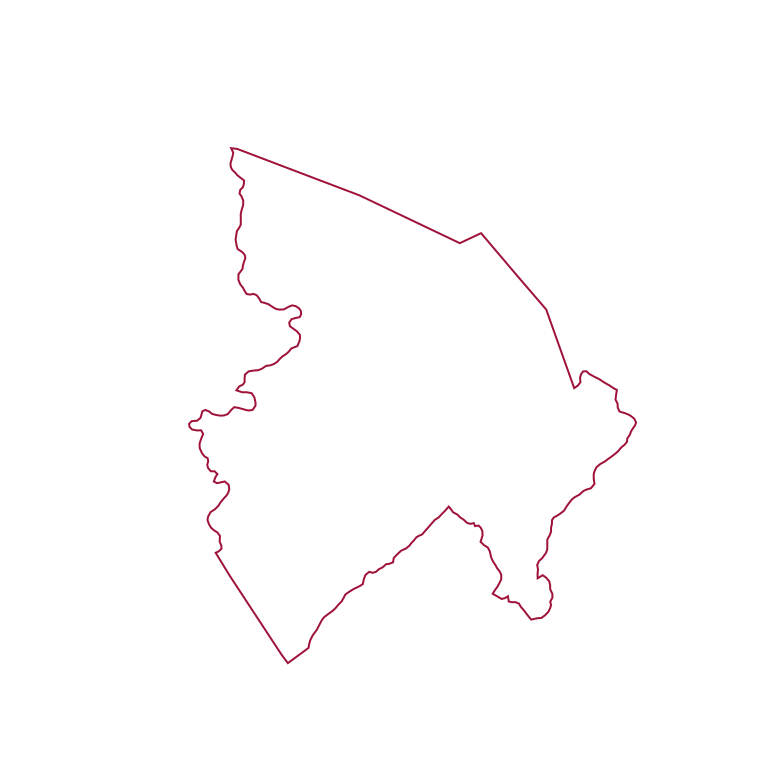 Itaeté, Bahia, Brazil, rotated 248°
{"feature_id": "56859067B39579225322319", "entity_name": "Itaeté", "entity_type": "district", "adm_level": 2, "iso_a3": "BRA", "parent_name": "Brazil", "parent_adm1": "Bahia", "projection": "orthographic", "projection_center": [-41.071, -13.094], "detail": "fine", "context": "isolated", "style": "outline", "palette": "rose", "viewbox_px": 768, "rotation_deg": 248, "n_neighbors": 0, "source": "geoboundaries", "source_scale": "gbopen_adm2", "svg_char_len": 4234}
<svg xmlns="http://www.w3.org/2000/svg" viewBox="0 0 768 768"><g transform="rotate(248 384 384)"><path d="M140.6,412.6L140.2,415.8L140.7,419.4L135.6,418.2L133.8,420.8L132.5,424.1L129.9,426.8L125.8,427.5L121.1,429.1L116.5,430.3L110.4,432.2L109.5,438.0L108.1,442.3L109.3,446.8L111.3,451.2L114.1,454.2L116.5,456.1L119.9,456.6L122.8,460.1L126.3,461.5L131.5,461.2L135.3,462.7L139.2,463.3L143.7,461.8L147.3,459.5L146.3,453.7L150.3,455.2L154.4,457.3L158.9,458.3L161.9,461.5L163.2,465.3L165.1,468.3L166.6,470.8L169.2,473.2L172.5,474.7L175.4,475.8L178.8,477.3L181.6,480.9L184.4,483.5L188.3,485.1L191.4,487.3L194.9,488.8L196.6,491.4L197.1,495.5L197.9,499.3L199.1,503.4L202.6,508.2L205.0,512.1L206.6,515.1L207.6,518.3L208.2,523.7L210.1,528.8L210.3,532.1L209.8,536.8L212.6,541.8L217.4,542.9L221.9,544.7L224.2,546.5L227.2,549.7L228.8,554.6L229.4,559.6L230.5,563.6L231.4,567.5L232.5,571.6L234.0,575.9L236.3,580.2L237.7,584.7L239.4,587.6L242.5,589.3L244.8,592.9L247.5,595.3L249.7,598.3L251.6,601.3L253.9,603.3L257.9,603.1L262.1,600.8L264.5,598.8L267.0,596.1L270.2,592.1L274.6,591.9L278.3,593.2L282.8,592.8L287.3,595.3L291.2,597.7L294.3,595.1L298.1,592.6L300.7,590.5L304.0,588.0L307.7,585.5L312.2,581.5L316.5,578.0L319.9,576.5L321.1,573.4L319.3,570.4L316.3,568.1L312.1,566.8L310.0,563.4L308.9,558.8L392.3,562.3L435.8,547.6L487.5,530.5L486.2,507.0L568.2,431.8L657.1,335.8L659.9,330.6L655.0,330.9L651.7,328.8L649.1,326.7L645.9,324.2L642.2,323.2L639.1,323.6L636.1,325.1L632.6,326.2L629.0,328.2L625.2,330.5L621.8,328.9L619.4,326.9L617.8,323.4L614.7,321.4L611.1,322.2L606.8,322.2L602.8,320.5L598.3,316.9L594.8,314.6L591.3,313.3L588.3,312.1L585.4,310.9L583.0,308.1L580.9,304.9L577.9,303.1L573.5,300.5L567.5,299.2L563.9,298.9L559.4,302.0L555.8,303.2L552.8,302.7L548.9,299.3L546.4,297.4L543.7,295.9L540.2,290.1L535.1,288.0L530.1,288.1L526.2,289.3L523.0,289.6L518.9,290.3L517.1,293.3L516.4,296.8L513.9,299.3L509.9,300.3L506.0,300.8L503.6,304.1L501.2,306.8L497.7,309.2L494.2,311.8L492.1,314.9L490.7,319.2L491.3,324.2L491.3,328.3L489.3,331.3L486.1,333.5L483.0,334.3L479.7,333.3L477.6,330.9L478.2,327.3L478.8,322.7L476.4,319.1L472.8,318.4L469.9,320.2L465.5,323.0L461.1,324.4L458.0,323.4L455.2,321.5L451.6,317.9L451.7,311.5L449.5,307.4L448.4,304.2L447.6,300.2L446.5,297.1L444.6,293.4L443.8,289.6L443.9,285.4L445.0,281.5L443.9,276.5L443.9,272.6L445.5,267.4L446.4,263.2L444.8,258.6L440.9,256.6L438.0,255.5L436.3,252.9L436.0,248.8L433.4,244.8L429.5,249.4L427.7,253.8L425.0,257.9L420.0,258.8L414.9,257.9L412.1,256.8L409.2,252.5L410.2,248.3L412.0,245.8L416.2,240.4L418.6,236.5L417.2,232.7L414.6,227.8L414.8,223.9L415.7,221.0L418.0,216.9L420.7,213.4L424.2,211.5L426.9,208.5L426.7,205.3L424.1,203.4L421.3,201.1L420.0,197.0L421.6,191.7L420.1,188.4L417.1,187.6L413.6,189.1L410.9,193.4L409.6,197.1L405.4,197.6L402.7,194.9L400.2,192.6L397.5,190.5L393.4,189.1L388.2,189.3L384.0,190.5L381.3,192.7L378.2,192.1L375.4,189.9L372.1,189.4L368.0,190.7L366.5,194.2L362.9,195.8L360.6,192.6L357.3,189.7L354.7,191.9L354.0,195.3L353.3,199.8L348.8,202.2L344.4,201.1L341.6,198.9L339.7,196.4L337.9,192.5L335.4,187.9L333.1,184.8L331.2,180.3L330.2,175.2L327.1,171.4L324.0,169.4L319.9,169.2L315.5,169.8L312.0,171.6L308.8,173.9L304.6,175.0L299.5,172.6L294.9,172.6L292.1,171.6L290.7,167.9L290.6,164.7L263.7,169.2L171.5,187.6L161.2,190.3L167.6,215.2L170.5,216.9L174.0,219.6L177.7,223.8L179.7,227.1L181.6,230.0L184.9,233.8L188.4,238.0L190.2,241.0L191.6,246.1L192.8,251.0L194.2,254.8L196.2,258.5L198.4,263.4L200.6,266.2L203.3,269.3L204.4,273.9L205.3,279.2L205.7,285.7L206.5,289.5L210.2,291.9L213.8,295.1L215.4,299.9L213.1,303.0L212.9,306.5L214.2,309.8L214.5,314.0L216.1,318.4L215.3,321.6L215.3,325.6L219.1,327.9L221.0,332.3L223.0,337.3L223.3,343.1L224.7,347.2L226.3,349.8L227.7,353.0L229.8,356.7L230.2,359.8L230.2,362.9L239.0,380.3L239.8,384.6L242.1,389.6L243.7,393.4L246.1,398.1L242.6,399.2L239.2,400.0L235.4,403.2L231.7,404.7L228.4,407.0L224.1,409.0L222.0,411.7L221.4,415.1L218.1,415.2L217.3,418.7L214.3,419.9L210.8,420.1L206.7,418.7L201.5,414.4L196.9,416.5L193.5,419.0L189.1,419.4L184.5,418.6L181.3,418.4L177.9,418.7L174.9,419.4L170.8,419.9L167.4,420.9L163.5,421.3L159.1,419.6L155.9,416.1L153.5,413.2L151.5,409.9L148.8,406.2L140.6,412.6Z" fill="none" stroke="#9f1239" stroke-width="2"/></g></svg>